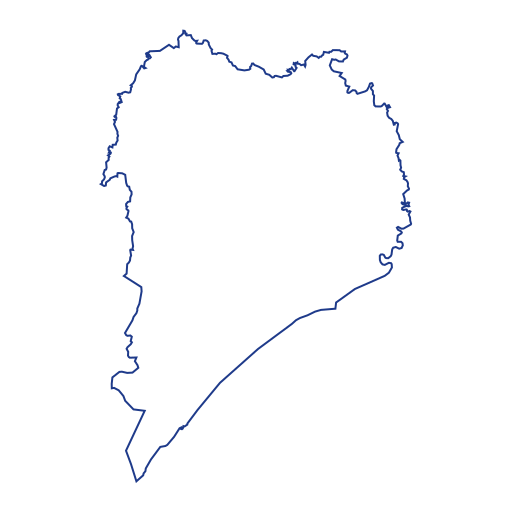 outline of Dat Do, Bà Rịa - Vũng Tàu, Vietnam
{"feature_id": "81297802B14105634475822", "entity_name": "Dat Do", "entity_type": "district", "adm_level": 2, "iso_a3": "VNM", "parent_name": "Vietnam", "parent_adm1": "Bà Rịa - Vũng Tàu", "projection": "orthographic", "projection_center": [107.299, 10.478], "detail": "fine", "context": "isolated", "style": "outline", "palette": "blue", "viewbox_px": 512, "rotation_deg": 0, "n_neighbors": 0, "source": "geoboundaries", "source_scale": "gbopen_adm2", "svg_char_len": 5926}
<svg xmlns="http://www.w3.org/2000/svg" viewBox="0 0 512 512"><path d="M100.9,184.1L104.1,186.0L105.8,185.5L106.1,182.4L109.7,179.8L110.4,178.3L114.5,176.5L116.2,176.1L117.3,176.6L117.5,173.3L118.0,173.0L122.2,173.3L125.2,174.8L126.2,182.9L127.1,185.6L127.7,186.3L129.2,186.7L129.8,189.8L131.5,191.8L131.6,194.4L130.3,197.4L130.1,201.4L127.9,201.9L126.1,204.0L126.2,206.1L127.3,206.6L126.4,208.1L126.6,209.3L128.3,210.4L128.5,211.0L127.4,215.8L126.2,217.6L128.4,218.6L130.0,221.4L131.2,221.6L132.1,224.2L132.2,228.3L133.7,232.1L132.1,236.0L132.2,240.2L133.1,246.2L132.5,248.7L133.0,249.9L130.5,249.6L130.2,250.1L131.1,255.6L130.3,257.4L130.0,260.5L128.9,262.5L127.2,264.2L126.6,273.6L123.9,276.0L141.3,287.1L141.6,291.4L139.4,303.7L137.3,308.5L137.3,310.5L136.4,313.2L133.6,316.9L132.4,320.4L125.0,333.0L126.2,335.1L127.4,335.8L130.4,335.5L131.8,336.7L130.7,341.2L131.9,342.3L130.8,344.2L127.5,347.2L126.6,348.8L128.2,351.8L128.0,355.6L128.8,357.0L129.8,357.7L136.4,357.5L134.9,361.2L137.5,365.2L138.3,367.8L132.5,372.6L127.2,372.9L121.9,371.7L119.4,371.9L112.4,377.4L111.7,383.8L111.8,388.3L114.1,387.9L118.7,390.3L123.4,396.0L125.2,400.8L133.5,409.4L144.7,410.8L126.0,450.7L131.0,464.1L136.4,481.3L143.2,475.3L143.6,473.4L145.4,471.2L145.8,468.4L151.0,459.4L160.3,446.9L165.4,446.0L167.3,444.9L174.1,436.8L179.6,428.2L181.1,427.5L181.1,429.0L181.9,429.2L182.8,428.5L183.4,426.1L184.5,426.5L187.3,424.6L187.4,423.5L197.6,409.9L220.0,382.8L258.0,349.0L292.0,323.8L296.0,320.2L300.0,318.0L307.5,315.3L315.1,311.6L321.0,309.9L335.4,308.7L336.1,302.5L354.9,289.0L384.8,275.8L388.9,272.7L391.9,267.5L391.7,264.2L391.1,263.2L388.9,262.8L384.8,264.9L382.5,264.4L380.7,262.3L379.9,260.0L379.8,255.8L380.8,254.5L382.5,254.4L383.8,254.9L385.3,257.6L386.1,258.1L388.2,258.2L390.7,256.2L391.5,254.6L392.2,249.4L393.2,247.7L395.8,247.0L399.2,248.7L401.6,248.0L402.8,245.3L402.5,243.2L401.1,241.8L397.7,241.8L397.2,240.5L397.8,235.6L401.4,233.4L401.8,232.4L400.8,231.2L397.9,229.7L396.9,227.7L398.1,226.9L401.4,228.7L403.5,228.6L410.8,224.5L411.1,223.8L410.2,220.6L410.0,217.4L408.7,214.6L410.4,211.5L409.5,211.0L407.7,211.6L407.1,211.2L406.8,209.6L406.3,209.4L403.3,210.0L402.1,209.4L402.2,207.9L403.8,207.0L406.5,205.9L408.3,206.4L409.2,206.2L408.5,204.7L409.1,202.7L407.8,202.4L405.4,204.4L403.9,204.6L402.5,204.1L401.6,202.9L401.9,202.4L404.1,203.2L404.9,202.7L404.6,198.5L403.2,194.1L407.0,190.5L408.8,189.5L409.0,188.7L407.8,186.2L408.0,183.4L407.6,182.1L406.4,180.3L403.8,178.9L404.1,177.2L405.4,176.4L403.3,175.9L404.0,174.5L403.8,172.2L401.7,171.4L400.2,169.7L401.1,167.7L400.5,165.2L400.4,160.6L399.8,160.0L398.9,160.6L398.5,158.0L397.5,155.5L398.6,153.3L396.3,152.9L396.1,152.3L396.5,149.2L399.3,144.8L399.7,143.2L402.7,141.9L399.8,139.2L398.8,135.1L396.7,131.2L398.1,124.1L397.7,123.4L396.3,122.6L395.0,122.9L394.7,124.5L393.8,124.7L392.8,120.9L391.3,119.0L389.1,117.8L387.6,115.7L387.1,112.6L388.0,110.9L386.8,109.1L388.0,107.8L390.0,107.2L388.8,105.1L387.7,105.5L387.5,107.1L386.8,107.3L384.7,103.6L384.2,103.5L381.8,106.0L380.7,106.5L375.6,106.4L374.3,105.2L373.8,101.3L374.1,95.6L372.9,94.2L372.9,91.0L371.0,88.7L371.1,87.3L373.0,85.5L372.2,83.3L371.5,83.1L370.0,83.6L368.9,86.8L367.0,90.3L365.1,91.4L357.5,93.8L356.7,93.2L356.4,91.7L355.1,90.4L352.7,90.2L349.3,92.8L348.2,92.9L347.4,92.4L347.4,91.0L349.3,86.6L345.8,85.6L345.2,83.1L345.6,80.9L345.3,79.5L339.6,76.0L341.7,73.0L333.8,71.3L331.7,69.5L329.8,65.4L332.1,59.2L334.2,59.8L335.7,59.5L339.0,61.4L342.9,61.5L343.7,59.6L346.9,57.7L347.5,55.6L347.0,54.5L345.2,53.6L344.7,52.8L345.0,51.4L341.2,51.5L339.6,50.2L332.9,50.1L331.1,51.8L329.4,51.8L329.0,52.8L323.9,51.9L323.2,54.8L322.2,55.3L321.2,56.7L319.9,56.7L318.7,57.9L316.7,56.4L313.2,55.8L312.0,54.5L308.5,57.3L305.2,61.0L305.6,64.9L305.1,66.5L303.9,64.5L301.1,65.2L299.5,63.9L297.7,63.7L297.4,62.3L296.2,63.2L295.7,62.9L295.0,63.5L293.8,63.0L293.6,64.3L295.6,65.1L295.5,66.7L296.6,67.9L294.5,71.2L294.1,71.2L291.8,67.6L290.7,69.3L289.5,69.0L289.0,70.0L287.9,69.8L288.3,70.8L287.3,71.0L287.9,71.7L290.7,72.1L291.3,73.2L290.6,74.2L287.7,75.7L283.4,76.0L281.9,77.4L276.0,75.8L274.6,76.0L273.9,77.2L272.3,77.5L269.3,74.8L265.7,73.7L263.7,69.5L258.8,66.7L254.5,65.0L253.2,63.5L252.0,63.6L251.2,66.0L250.1,67.0L250.3,68.8L249.0,69.7L244.4,70.4L237.6,69.3L235.2,66.1L232.9,65.5L231.5,62.4L229.3,61.7L228.5,59.6L227.0,57.8L227.6,56.0L227.1,55.6L223.4,53.7L221.2,53.2L218.1,53.0L216.4,54.2L215.3,53.7L212.4,53.9L211.5,50.8L212.1,49.6L210.6,48.1L208.8,44.5L208.7,42.6L207.2,40.9L205.7,40.3L203.7,40.5L202.9,42.9L202.0,43.8L196.8,43.6L196.3,43.3L196.2,42.3L197.1,40.8L195.4,41.0L194.3,40.4L192.0,38.1L190.8,35.1L186.5,35.4L186.0,34.7L186.4,33.7L185.3,33.5L185.4,32.4L184.6,30.9L183.3,30.7L183.2,33.3L181.4,35.3L179.5,36.5L178.3,38.1L178.0,39.7L178.5,40.9L178.7,47.2L175.8,46.5L173.8,48.1L169.0,44.8L159.9,50.9L149.7,51.3L148.9,52.3L146.4,53.2L146.0,53.8L146.4,54.5L148.2,54.1L148.4,54.7L146.6,56.2L146.8,56.8L147.9,57.0L149.5,55.2L150.8,57.3L149.9,58.3L148.4,58.7L147.8,59.7L146.7,60.1L144.8,62.0L143.9,66.9L145.5,68.0L144.2,68.4L142.0,65.9L141.4,65.8L140.9,66.4L139.7,69.3L136.2,74.4L134.9,80.4L133.1,83.3L130.7,85.3L131.9,86.1L131.9,86.7L130.8,88.0L131.0,89.4L130.2,92.3L128.6,92.7L125.2,91.8L122.3,92.9L122.1,93.8L118.5,93.9L117.8,94.3L118.1,95.1L120.3,96.4L119.7,98.3L120.7,99.0L121.7,102.1L120.1,102.8L120.0,101.8L119.4,101.8L117.7,104.1L117.7,105.5L118.7,107.2L117.0,108.5L116.2,114.7L114.4,116.3L114.7,116.9L116.0,116.9L116.4,117.9L116.1,119.7L114.1,119.9L115.0,121.9L114.0,124.1L117.5,131.8L117.4,133.8L118.1,135.8L117.3,137.7L117.6,140.5L116.3,142.6L115.8,144.6L112.7,144.8L112.4,147.4L109.7,146.3L108.5,148.2L108.5,149.9L109.7,150.7L108.9,152.5L110.6,152.3L110.9,152.8L110.4,153.8L108.0,155.4L109.4,156.6L108.6,157.8L108.7,159.9L106.1,162.3L106.6,167.6L106.1,169.5L104.7,170.0L103.4,174.1L104.7,176.3L104.8,177.5L104.0,179.4L102.1,181.3L101.9,183.5L100.9,184.1Z" fill="none" stroke="#1e3a8a" stroke-width="2"/></svg>